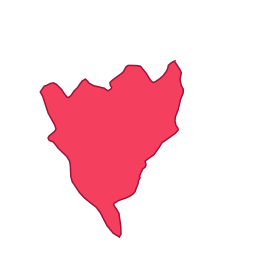 map outline of Gevgelija (Mercator projection), rotated 54°
{"feature_id": "MKD-2998", "entity_name": "Gevgelija", "entity_type": "Statistical Region", "adm_level": 1, "iso_a3": "MKD", "parent_name": "North Macedonia", "parent_adm1": "", "projection": "mercator", "projection_center": [22.379, 41.246], "detail": "fine", "context": "isolated", "style": "filled", "palette": "rose", "viewbox_px": 256, "rotation_deg": 54, "n_neighbors": 0, "source": "natural_earth", "source_scale": "10m", "svg_char_len": 1591}
<svg xmlns="http://www.w3.org/2000/svg" viewBox="0 0 256 256"><g transform="rotate(54 128 128)"><path d="M211.1,199.1L204.4,201.8L194.7,202.4L180.4,200.2L173.4,200.3L164.9,202.8L158.8,204.4L151.8,205.2L138.7,204.7L133.7,202.8L124.4,196.7L120.4,194.7L114.9,194.3L103.8,196.3L95.5,196.6L91.8,199.0L89.1,198.6L88.1,196.6L87.5,188.9L86.4,186.7L82.3,185.5L68.9,183.8L52.3,178.4L47.3,177.8L47.2,177.7L44.9,171.1L45.7,168.7L46.3,164.8L47.8,161.6L50.4,160.3L57.8,159.1L64.1,159.4L67.1,159.1L68.3,158.4L68.3,155.4L67.4,152.7L66.4,150.0L65.6,144.8L64.3,141.6L63.0,137.4L63.4,133.7L64.9,133.5L66.5,133.2L68.8,133.2L73.9,130.7L77.5,127.5L81.9,123.8L83.8,123.3L86.2,122.1L86.4,118.6L85.2,117.2L83.0,117.2L80.6,115.9L80.1,112.5L80.1,109.3L80.1,101.9L79.7,98.4L78.7,96.4L77.3,93.5L77.3,93.0L77.5,91.0L80.1,87.5L83.2,83.6L85.4,81.6L89.1,81.4L94.4,81.1L100.1,81.6L103.8,81.6L106.0,80.9L106.6,78.4L106.8,73.5L106.4,69.0L104.5,63.1L103.3,61.1L101.0,58.4L100.7,55.4L100.9,52.2L101.3,50.8L101.5,51.1L107.4,51.5L111.3,51.7L114.7,52.4L119.0,57.1L124.6,59.8L129.2,60.5L132.1,62.8L135.6,68.5L142.6,76.6L146.6,82.8L149.7,85.8L154.3,87.7L157.5,87.7L159.1,88.6L160.1,92.6L160.1,97.9L159.9,109.4L162.1,114.5L164.9,123.0L164.7,129.0L164.9,133.7L168.4,135.0L169.8,137.3L169.8,140.1L171.8,143.7L174.0,147.3L175.1,147.3L176.7,150.2L179.4,153.2L181.6,156.7L183.8,160.0L184.3,162.9L184.3,165.9L183.5,170.6L182.1,174.9L181.2,178.1L181.0,181.0L180.8,183.6L181.8,184.8L183.9,185.0L187.1,185.0L191.8,185.5L196.0,187.8L203.1,191.5L209.7,196.0L211.0,199.0L211.1,199.1Z" fill="#f43f5e" stroke="#9f1239" stroke-width="1.5"/></g></svg>